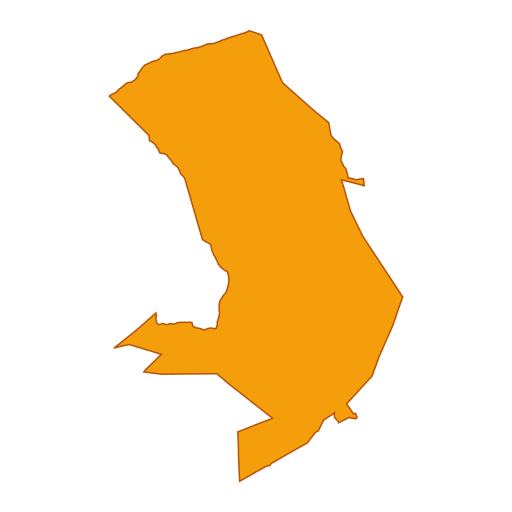 Tapalapa, Chiapas, Mexico
{"feature_id": "50627088B95959525466025", "entity_name": "Tapalapa", "entity_type": "district", "adm_level": 2, "iso_a3": "MEX", "parent_name": "Mexico", "parent_adm1": "Chiapas", "projection": "orthographic", "projection_center": [-93.122, 17.217], "detail": "fine", "context": "isolated", "style": "filled", "palette": "amber", "viewbox_px": 512, "rotation_deg": 0, "n_neighbors": 0, "source": "geoboundaries", "source_scale": "gbopen_adm2", "svg_char_len": 5481}
<svg xmlns="http://www.w3.org/2000/svg" viewBox="0 0 512 512"><path d="M239.6,481.3L256.4,471.7L266.4,466.1L269.9,465.5L271.1,463.5L286.6,454.6L294.0,450.4L301.3,446.2L307.3,443.0L311.0,438.1L312.4,436.4L314.9,432.9L316.8,431.5L318.2,431.0L323.6,420.1L334.6,412.8L334.2,414.9L334.5,417.0L334.9,417.9L338.4,421.5L338.7,422.8L349.3,417.3L350.4,417.9L354.3,418.4L355.1,418.8L355.7,418.7L357.0,417.7L357.0,416.8L356.7,416.6L355.6,413.5L353.5,413.8L352.8,412.8L346.6,403.9L361.7,387.4L372.0,376.1L374.1,370.2L375.7,366.1L377.9,360.0L379.3,356.2L382.0,350.0L385.9,341.1L388.5,335.1L392.5,326.2L394.8,319.7L397.0,313.2L400.4,303.5L402.7,297.0L397.5,289.0L394.1,283.8L390.4,278.2L387.0,273.1L383.5,267.7L380.0,262.4L376.5,257.1L373.2,252.1L369.5,246.5L366.0,241.2L362.5,235.8L359.5,229.5L357.2,224.8L353.1,216.4L350.3,210.5L346.5,197.0L344.0,188.2L341.4,179.8L348.4,181.6L353.3,182.8L357.4,183.9L362.9,185.3L363.6,185.9L364.3,185.7L363.4,178.5L360.4,179.1L358.8,179.3L357.5,179.5L356.4,179.7L355.5,179.6L354.5,179.3L352.9,178.8L351.4,178.5L350.0,178.0L348.1,178.2L347.7,175.2L346.4,170.7L345.6,168.2L343.7,166.5L342.9,164.3L341.9,162.2L340.7,160.1L341.2,158.3L341.4,155.9L342.6,151.7L340.7,147.8L339.5,143.6L334.6,139.5L331.0,135.5L328.7,122.6L323.0,118.0L314.3,110.9L307.4,104.8L294.9,93.7L291.5,90.7L287.0,86.7L282.5,82.6L278.8,74.3L276.3,68.6L272.0,58.8L266.4,45.9L261.6,34.9L249.2,30.7L248.1,31.5L246.5,32.1L245.1,32.8L243.1,33.4L242.0,33.5L240.7,34.0L239.3,34.5L237.6,35.0L236.2,35.6L234.8,36.0L233.5,36.3L232.1,36.7L230.1,37.4L229.3,37.6L228.6,37.8L228.0,38.0L227.5,38.2L226.5,38.7L225.9,38.9L225.0,39.4L223.9,39.7L222.1,40.1L219.7,41.2L218.1,42.1L216.4,42.4L214.6,43.4L207.7,43.9L205.5,44.8L203.6,45.6L201.0,46.7L199.0,47.2L197.7,47.6L196.0,47.9L193.7,48.2L191.9,48.6L190.5,49.0L189.6,49.5L188.4,49.7L187.2,50.3L185.1,50.3L183.1,50.9L181.5,51.3L180.3,51.7L178.9,51.9L178.1,52.2L177.1,52.3L176.0,52.5L174.8,52.9L173.6,53.3L172.4,53.5L170.5,53.7L165.1,54.3L164.5,54.7L163.7,55.2L162.9,55.6L162.4,55.9L161.9,56.2L161.4,56.6L161.1,57.2L160.6,57.7L160.1,58.2L159.5,58.7L159.0,59.3L158.6,59.6L157.9,59.9L157.0,60.2L156.2,60.5L155.1,60.8L153.6,61.2L153.0,61.3L152.2,61.6L151.7,61.7L150.5,62.6L149.6,62.9L148.7,63.2L147.9,63.6L146.5,64.3L145.0,64.9L143.9,66.1L142.8,67.1L141.5,68.9L140.0,71.3L138.9,72.6L138.0,73.7L138.0,75.8L137.0,77.3L136.1,78.6L134.7,80.1L132.7,81.2L131.9,81.7L131.3,82.0L130.5,82.3L129.4,82.4L128.3,82.6L127.4,82.8L126.4,83.4L125.3,84.1L123.9,85.5L122.9,86.3L122.2,86.9L121.4,87.7L120.2,88.4L119.3,89.1L118.5,89.9L117.4,91.0L116.1,92.2L114.3,93.2L113.7,93.6L112.8,93.9L112.2,94.1L111.1,94.7L110.4,95.1L109.3,96.2L149.0,135.5L149.3,138.5L149.2,139.7L149.3,140.0L149.7,140.9L149.9,140.9L150.6,141.0L151.0,141.3L151.4,141.5L151.9,141.7L152.2,141.9L152.6,142.3L153.4,143.1L153.7,143.3L154.3,143.8L155.0,144.3L155.6,144.9L155.7,145.0L155.9,145.4L156.0,145.6L156.0,145.8L156.5,146.8L157.0,147.6L157.8,148.5L158.4,149.6L158.4,149.9L158.6,150.2L158.8,150.5L159.2,151.4L159.3,151.6L159.4,151.9L159.6,152.3L159.8,152.9L160.0,153.1L161.0,153.3L161.8,153.3L165.0,154.0L165.3,154.3L166.8,154.8L167.7,156.4L168.0,156.5L168.2,157.0L168.7,157.6L170.0,159.1L170.5,159.6L171.0,160.1L171.6,161.1L172.3,161.9L172.5,162.8L172.9,163.4L173.4,163.9L174.4,164.6L175.2,165.2L175.8,165.7L177.4,167.2L177.7,167.5L178.3,168.2L178.7,169.0L179.2,169.9L179.6,170.9L180.1,172.5L180.4,173.3L180.7,173.8L182.8,175.8L184.5,178.1L185.4,180.4L186.1,183.3L186.2,183.5L186.6,185.0L186.9,185.8L202.5,239.7L202.6,239.8L202.8,239.9L203.3,240.0L206.3,242.0L207.8,242.6L209.4,243.6L209.9,244.1L210.9,245.2L211.3,247.4L211.7,249.5L211.9,250.5L212.4,251.7L213.4,253.5L213.6,254.6L214.1,255.5L215.3,257.0L215.7,258.5L216.8,260.4L217.5,262.0L218.7,264.6L219.6,265.6L220.2,266.5L221.0,267.2L221.2,267.5L221.9,268.0L222.7,268.8L222.9,269.1L223.5,269.5L225.3,270.6L225.7,270.8L225.8,271.0L227.0,271.5L227.9,272.4L227.9,274.2L228.9,276.8L228.8,278.9L228.8,279.9L228.9,280.9L228.7,282.6L228.5,283.7L227.8,286.5L227.5,287.8L227.0,289.2L226.3,291.8L225.4,293.2L224.8,293.7L224.2,294.5L223.7,295.0L222.3,297.3L221.8,297.9L220.6,299.6L219.8,301.3L219.4,302.5L219.4,303.7L219.1,305.2L219.2,310.8L219.2,311.0L219.6,312.8L219.0,316.1L218.7,317.4L217.9,320.1L217.3,321.6L217.2,322.7L217.2,322.8L217.2,323.5L217.2,325.8L216.6,326.6L216.4,327.2L215.9,328.7L214.6,328.6L214.4,328.6L213.7,328.5L213.0,328.4L211.5,328.0L210.5,328.1L209.4,328.2L207.2,328.7L205.8,329.6L203.0,329.6L202.3,329.5L200.8,328.7L199.6,328.4L198.0,328.1L196.4,327.9L195.9,327.7L195.0,327.2L193.9,326.7L193.1,326.5L192.9,326.0L192.8,325.7L192.4,324.3L192.2,323.4L191.8,322.5L191.5,322.5L190.4,322.1L188.9,322.3L188.0,322.3L187.1,322.5L184.9,322.2L184.2,322.3L183.0,322.4L182.0,322.3L180.2,322.3L179.7,322.4L179.1,322.4L177.3,322.8L176.2,323.3L175.3,323.5L174.2,324.0L172.8,324.2L172.7,324.1L172.2,323.7L171.2,323.6L170.4,323.7L169.6,323.7L168.4,324.2L167.2,324.6L165.9,324.5L165.7,324.4L164.9,324.2L164.0,324.1L163.4,323.6L162.8,323.4L162.2,323.5L161.7,323.7L160.8,324.2L160.4,324.3L158.7,324.6L158.3,324.2L157.5,323.7L156.8,322.8L156.3,321.8L156.1,321.4L156.1,320.0L155.9,318.5L156.1,317.5L156.4,315.8L156.3,314.8L155.9,314.1L155.9,313.0L136.3,330.2L113.9,348.2L119.4,346.6L129.3,344.5L161.3,354.3L160.4,355.2L145.3,370.0L143.9,371.9L146.3,372.2L146.7,372.3L161.4,374.2L216.9,373.7L227.9,383.2L272.6,418.3L261.8,422.4L255.9,424.7L237.8,431.9L238.1,439.3L238.4,446.9L238.5,455.4L239.6,480.7L239.6,481.3Z" fill="#f59e0b" stroke="#b45309" stroke-width="1.5"/></svg>